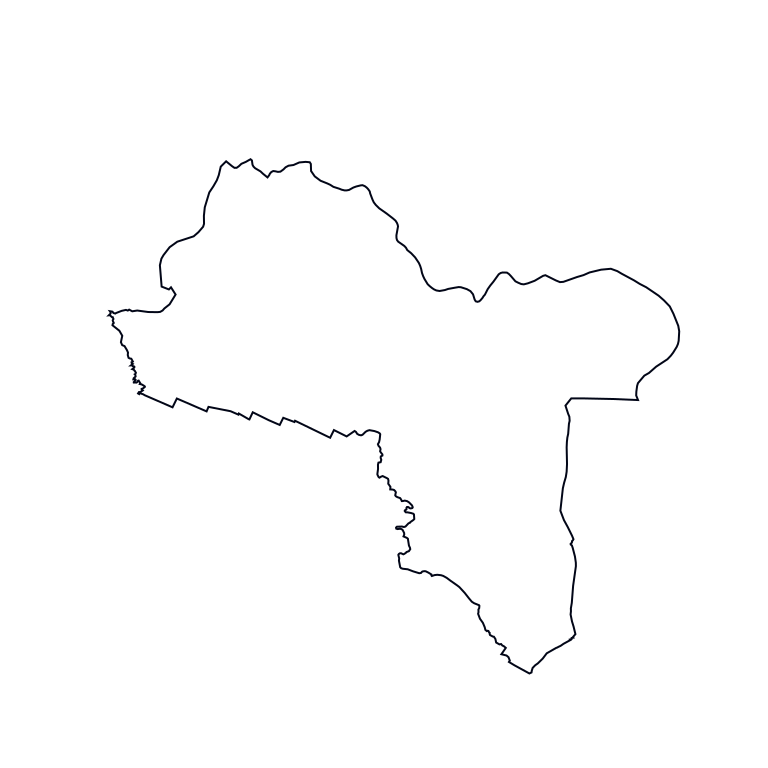 the district of Ixhuatlán del Sureste, Veracruz, Mexico, rotated 115°
{"feature_id": "50627088B30593781264169", "entity_name": "Ixhuatlán del Sureste", "entity_type": "district", "adm_level": 2, "iso_a3": "MEX", "parent_name": "Mexico", "parent_adm1": "Veracruz", "projection": "natural_earth1", "projection_center": [-94.38, 17.981], "detail": "fine", "context": "isolated", "style": "outline", "palette": "ink", "viewbox_px": 768, "rotation_deg": 115, "n_neighbors": 0, "source": "geoboundaries", "source_scale": "gbopen_adm2", "svg_char_len": 6166}
<svg xmlns="http://www.w3.org/2000/svg" viewBox="0 0 768 768"><g transform="rotate(115 384 384)"><path d="M511.0,118.5L508.4,119.8L503.0,121.3L487.0,127.3L468.0,133.1L464.9,134.6L459.7,138.0L452.9,143.6L450.9,145.5L450.6,146.9L450.1,147.3L448.3,146.7L446.9,147.2L446.0,146.8L444.6,146.7L442.1,149.4L436.0,157.0L431.3,163.4L424.3,170.6L403.0,177.8L397.4,179.0L391.5,179.9L386.3,181.4L379.2,184.3L364.2,191.7L359.1,193.8L355.0,195.2L351.4,196.0L341.8,199.6L338.9,200.2L335.3,202.2L333.2,204.5L326.9,210.4L317.9,208.2L313.4,198.6L300.2,168.7L291.2,147.0L287.8,150.6L284.2,152.1L278.7,153.8L275.9,154.2L266.4,151.6L262.0,148.5L253.3,144.7L241.8,137.6L237.1,136.0L233.4,135.2L226.7,134.4L223.5,134.5L220.3,135.2L211.5,138.7L206.9,141.9L198.0,151.4L192.9,157.8L189.9,165.6L187.9,172.4L185.5,187.2L185.2,194.5L184.4,201.3L183.6,215.2L183.1,220.2L183.7,227.1L188.6,235.5L196.0,244.8L201.0,249.2L205.5,254.3L215.6,264.6L217.3,267.6L217.5,271.9L217.2,283.7L218.7,285.5L226.8,291.1L232.0,296.2L234.6,299.4L235.4,301.9L235.5,305.3L235.4,308.3L232.5,314.7L231.5,317.3L231.1,319.7L232.8,323.6L234.1,325.2L236.1,326.4L245.1,328.1L249.8,329.3L254.2,330.1L260.4,330.3L262.4,330.9L264.3,331.1L267.2,331.9L268.8,332.6L270.0,334.0L270.3,335.8L269.2,337.5L265.1,341.2L263.3,344.9L263.0,349.0L263.8,355.2L264.6,357.3L266.8,360.5L270.7,366.0L273.1,368.5L276.2,372.9L277.1,376.1L277.1,378.7L276.7,381.1L276.0,383.9L275.1,386.6L271.7,391.7L269.7,394.1L267.3,396.5L264.1,398.9L261.7,401.1L259.6,403.5L256.1,409.3L254.0,414.6L252.8,419.5L251.2,421.7L250.3,423.9L249.0,431.3L248.0,433.1L246.4,434.4L244.0,435.6L235.2,437.9L233.8,439.0L232.5,440.4L231.1,442.6L230.2,445.7L228.5,453.2L226.8,462.6L225.2,467.1L223.7,470.0L221.7,472.4L217.1,477.1L215.5,478.3L214.1,480.7L213.3,482.7L212.8,485.0L212.9,487.5L213.8,489.0L216.7,492.6L218.9,494.8L222.9,497.7L224.4,499.8L225.2,501.6L225.8,504.5L225.9,507.0L226.7,513.2L226.2,516.9L226.2,520.1L226.6,527.4L225.1,534.5L221.8,540.1L215.5,543.3L214.4,545.0L215.8,548.9L219.0,554.4L223.8,558.6L226.5,562.8L229.2,564.8L232.0,565.8L235.3,567.6L236.6,569.8L237.1,572.2L237.8,574.4L239.5,575.7L241.6,576.3L243.2,576.3L246.0,576.9L244.6,582.5L243.5,585.8L242.9,592.0L242.1,594.2L240.9,595.8L237.2,598.2L236.7,600.0L241.1,603.1L244.7,606.3L248.0,607.6L250.3,608.9L251.3,610.9L250.8,613.8L248.9,621.2L256.0,623.8L264.6,622.0L270.0,621.6L277.0,622.2L284.2,623.3L299.6,621.1L307.7,618.3L314.9,614.8L317.9,614.4L324.7,616.3L330.6,618.9L342.4,631.5L350.6,636.1L360.3,638.3L364.5,638.7L371.1,637.3L389.7,626.7L389.2,618.9L386.4,617.9L391.0,610.7L402.4,612.0L408.4,615.0L410.9,615.7L413.2,617.3L414.6,619.6L418.4,628.1L421.7,638.7L424.5,642.9L424.3,646.4L425.7,647.2L425.9,649.2L428.6,652.7L433.0,656.9L433.7,657.3L434.0,659.1L433.2,660.7L433.9,663.2L434.5,662.2L435.7,661.6L438.0,662.4L437.5,661.6L438.4,658.6L438.1,658.1L439.4,656.7L440.9,656.8L442.1,655.8L442.5,655.0L443.3,654.7L444.2,655.2L445.5,654.9L447.6,646.3L450.9,641.6L457.3,640.1L459.4,637.7L459.3,635.2L462.0,631.2L463.7,629.3L466.0,628.5L468.2,626.6L468.3,625.4L467.9,623.7L469.8,621.1L471.0,622.0L471.9,621.3L472.0,620.2L474.1,621.2L473.5,620.0L474.0,619.3L473.7,618.1L474.0,617.4L474.6,617.3L476.9,618.4L476.7,616.8L477.3,616.0L477.4,615.4L478.7,613.6L480.1,613.6L480.5,613.9L480.7,613.3L482.2,612.3L484.6,613.3L485.6,613.1L484.8,611.8L485.3,610.8L488.1,611.6L488.4,611.4L487.3,608.9L486.6,608.5L485.0,608.3L484.6,607.8L486.3,605.2L487.2,605.3L486.8,603.4L487.0,601.1L487.3,599.7L487.6,599.5L489.6,600.4L490.9,601.6L491.4,601.3L491.8,599.9L494.2,601.4L494.9,602.7L496.5,602.9L496.6,601.6L495.5,601.6L495.1,597.9L495.3,596.1L494.5,565.8L484.7,565.6L483.8,533.2L478.9,533.4L473.5,511.5L473.3,503.0L472.1,503.1L473.1,491.7L473.0,491.0L465.1,491.0L465.5,473.2L465.2,461.2L457.2,461.0L456.3,449.1L454.9,449.1L455.5,410.1L446.9,409.9L447.3,395.7L439.0,390.8L439.3,389.1L440.5,387.3L440.7,385.1L440.2,383.1L439.1,382.0L435.1,380.5L433.4,379.3L432.0,377.7L430.7,372.8L430.3,368.9L430.6,366.9L431.1,366.2L436.0,364.5L438.8,363.9L441.1,364.1L442.3,362.9L443.3,360.7L444.5,359.6L446.6,359.1L447.3,358.1L448.5,355.7L449.5,355.2L451.0,356.3L452.4,355.8L453.9,354.4L456.3,354.0L457.6,355.8L459.6,355.4L463.5,353.5L468.6,351.9L469.5,351.0L470.7,349.4L470.8,348.5L469.1,347.4L468.0,346.3L468.1,341.4L468.3,340.2L469.7,339.1L472.6,338.0L474.5,334.7L476.9,333.8L476.0,331.5L475.8,330.0L476.4,328.5L477.1,327.5L480.1,326.8L480.7,325.9L480.9,324.2L480.6,321.1L481.6,319.5L482.6,318.4L482.1,317.4L480.9,315.9L480.4,313.5L480.7,311.3L482.2,307.3L483.5,305.9L484.4,305.9L484.9,306.4L485.6,307.5L485.7,308.4L485.3,309.5L485.3,310.3L485.8,311.2L486.9,311.3L487.9,310.7L488.5,310.8L489.7,311.7L490.3,311.6L491.1,310.1L490.4,308.5L489.5,304.9L489.2,302.5L489.6,301.7L493.6,299.5L494.8,299.9L498.1,301.8L498.7,301.8L499.9,302.9L504.1,304.3L505.2,305.5L505.6,307.5L507.9,312.0L509.0,312.4L509.9,311.8L509.8,310.5L508.4,308.2L508.1,306.7L508.5,305.3L510.5,302.8L512.0,302.0L513.9,301.9L513.8,298.4L514.1,297.0L519.9,293.1L521.4,291.3L522.6,290.4L525.0,290.8L526.8,292.6L527.7,292.8L529.4,293.8L530.2,294.5L530.2,297.1L530.8,298.1L531.8,298.7L532.8,298.8L535.7,296.5L537.8,295.8L543.2,291.9L543.7,290.6L543.5,288.9L541.9,284.2L541.5,278.5L540.6,272.1L539.6,270.6L538.1,270.2L537.4,269.6L536.5,268.2L536.1,267.0L536.2,264.0L536.6,260.5L537.5,260.1L537.8,259.5L535.8,257.4L534.4,255.1L533.2,251.5L532.9,249.2L533.2,245.2L534.2,240.5L535.6,232.6L536.2,229.9L539.2,222.6L542.4,216.3L544.2,212.4L544.6,209.7L544.3,204.4L544.7,203.8L546.9,203.0L548.5,203.1L550.9,201.9L552.5,201.6L556.2,197.8L558.7,193.4L561.9,189.9L564.0,188.2L564.5,186.4L563.9,185.9L563.7,185.0L564.7,183.8L564.9,183.0L565.8,182.7L566.7,181.8L566.9,178.6L566.6,177.6L568.0,175.3L570.9,173.1L571.2,169.3L570.2,168.0L571.0,166.2L571.0,164.5L571.7,162.1L579.3,163.4L578.3,158.2L579.0,155.7L581.5,153.1L583.1,153.3L583.8,147.0L584.9,129.9L583.1,128.4L581.4,128.9L578.5,129.3L575.0,128.1L572.2,126.5L565.8,124.1L559.3,122.7L550.5,116.5L549.5,115.5L548.6,114.9L546.7,113.3L543.6,111.5L537.2,106.8L536.9,107.4L535.9,106.2L534.9,106.6L533.9,105.2L533.5,105.8L529.8,104.8L523.7,109.7L519.7,113.3L514.0,117.5L511.0,118.5Z" fill="none" stroke="#020617" stroke-width="2"/></g></svg>